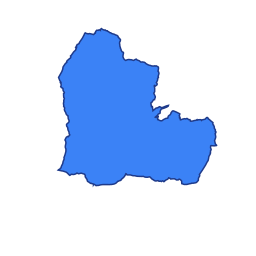 the district of Stroesti, Vâlcea, Romania, rotated 302°
{"feature_id": "2599482B70432473939661", "entity_name": "Stroesti", "entity_type": "district", "adm_level": 2, "iso_a3": "ROU", "parent_name": "Romania", "parent_adm1": "Vâlcea", "projection": "equal_earth", "projection_center": [23.929, 45.07], "detail": "fine", "context": "isolated", "style": "filled", "palette": "blue", "viewbox_px": 256, "rotation_deg": 302, "n_neighbors": 0, "source": "geoboundaries", "source_scale": "gbopen_adm2", "svg_char_len": 5837}
<svg xmlns="http://www.w3.org/2000/svg" viewBox="0 0 256 256"><g transform="rotate(302 128 128)"><path d="M118.1,214.9L118.9,215.1L120.8,215.4L122.9,214.3L125.2,214.2L126.0,213.8L126.4,213.2L131.9,213.4L137.8,213.4L141.0,213.1L141.7,213.2L143.2,213.1L145.3,212.3L146.6,211.7L149.5,211.5L150.3,211.0L150.5,211.2L152.5,210.0L153.4,210.1L154.1,209.7L154.9,208.5L156.6,207.6L157.1,207.8L158.5,210.5L160.0,212.3L160.3,212.3L160.7,211.0L160.7,210.6L163.2,208.1L166.0,207.5L167.0,207.1L169.6,204.8L170.2,205.0L170.7,204.7L171.1,204.8L171.3,204.7L171.4,203.8L172.7,203.1L173.7,201.1L174.5,200.8L175.3,199.8L175.4,199.3L175.8,199.1L175.9,198.5L176.6,197.6L177.6,197.2L178.0,193.9L178.3,192.7L178.3,191.2L178.8,190.8L178.9,189.5L178.4,189.1L176.3,188.7L174.0,186.4L173.4,186.3L173.7,185.7L173.3,184.7L172.6,183.8L172.3,183.3L171.7,182.9L171.4,182.6L171.7,182.1L170.6,181.6L169.3,180.1L168.3,179.3L167.4,178.1L167.1,177.9L166.9,177.3L167.7,176.5L167.9,176.0L167.3,175.2L167.4,173.0L166.9,172.5L166.3,172.2L165.7,170.7L165.1,170.3L164.3,169.4L162.8,168.4L162.7,168.0L164.3,166.7L163.9,166.3L164.1,166.1L164.9,165.8L165.3,165.4L165.6,164.9L166.9,164.7L167.5,164.4L167.1,160.3L166.6,157.5L166.0,156.7L163.9,156.4L163.0,156.7L161.5,156.7L160.5,156.2L159.3,155.9L157.4,156.5L156.3,155.1L153.9,153.6L152.3,153.0L151.7,152.4L151.3,151.4L151.1,150.4L151.2,149.1L150.9,148.7L153.2,147.4L153.6,147.7L153.9,147.5L153.8,146.9L153.4,146.5L153.0,146.3L151.8,146.3L151.7,145.4L154.8,146.4L155.2,146.2L156.0,146.3L157.3,147.3L157.9,147.2L159.2,146.4L161.4,146.1L162.6,146.9L163.7,147.9L166.3,149.8L167.8,150.5L168.6,150.3L167.0,148.8L163.8,146.5L163.4,146.0L163.0,145.4L162.9,143.7L162.6,143.2L161.9,143.1L161.1,142.5L160.9,142.5L159.7,141.2L155.9,140.0L159.1,137.3L158.5,136.6L161.2,134.2L161.9,134.2L162.2,134.6L165.6,134.7L166.1,135.5L166.8,135.2L168.4,134.9L169.1,134.5L171.2,131.4L172.9,131.4L175.7,129.7L177.7,127.9L178.0,127.9L177.8,128.9L179.9,129.7L180.4,129.6L180.9,129.3L181.5,128.0L183.8,127.8L184.8,127.5L185.5,126.9L186.1,126.8L186.7,127.1L187.2,126.9L187.7,126.2L190.6,125.4L191.7,124.4L192.0,123.4L194.5,122.4L195.6,121.6L195.8,121.2L195.8,120.6L195.6,118.8L194.9,118.3L194.8,117.6L194.1,116.9L193.6,116.0L193.1,114.9L193.0,114.0L192.6,113.1L192.3,112.0L192.1,109.3L192.4,107.9L192.4,107.1L191.7,105.3L190.7,103.9L191.0,101.9L190.5,99.7L190.8,98.6L190.1,97.9L188.5,97.1L188.2,96.8L187.6,94.5L186.9,93.4L186.7,92.6L185.5,91.2L184.1,90.3L184.1,88.9L184.5,87.7L185.7,86.0L187.6,85.0L188.9,84.6L189.6,84.1L189.7,83.7L189.5,82.7L190.2,81.1L191.0,80.4L191.6,79.3L192.3,78.8L193.0,77.8L194.4,76.8L195.1,76.1L196.4,75.4L196.9,75.3L197.6,75.4L198.8,74.9L199.4,73.6L199.3,73.2L199.7,72.4L199.8,71.6L200.5,71.0L200.7,69.7L200.7,69.3L200.3,68.2L200.3,66.9L199.5,64.2L199.6,62.9L199.2,62.0L199.4,60.5L199.2,59.4L199.5,59.0L198.9,57.9L198.9,57.7L199.1,56.9L198.7,56.6L198.6,55.9L198.4,55.7L198.2,54.9L198.1,53.5L198.3,52.9L197.1,52.3L196.6,52.4L196.1,52.8L195.9,51.4L195.1,51.1L194.4,49.7L192.7,49.4L191.2,50.0L191.0,49.6L190.7,49.4L189.5,49.5L189.0,49.3L188.9,49.1L188.6,47.9L187.7,45.3L186.7,44.3L186.0,42.0L186.0,41.3L184.8,41.2L184.0,41.4L180.0,41.7L175.0,41.5L174.2,41.6L173.8,41.8L172.0,40.9L171.9,40.7L171.0,40.7L170.2,40.9L169.9,40.8L169.7,40.8L169.6,41.0L169.2,41.0L169.4,41.2L169.4,41.6L168.5,41.8L168.8,41.4L168.4,41.3L168.1,41.7L166.3,42.3L163.7,41.6L159.8,41.4L158.6,41.1L158.5,41.5L157.9,41.9L156.8,42.1L155.7,41.5L154.8,41.4L153.0,40.7L151.5,40.9L151.2,41.3L149.5,40.7L146.5,40.6L145.3,40.6L143.2,41.5L140.7,42.0L134.1,42.3L132.0,45.1L131.2,47.0L130.8,47.0L130.8,46.5L130.6,46.5L130.2,47.6L129.8,48.0L128.1,49.0L127.4,49.0L127.0,50.0L127.1,50.3L127.0,50.9L127.1,51.3L127.1,51.8L125.5,53.0L125.1,53.6L124.4,55.2L123.5,55.4L123.1,55.1L120.9,56.5L120.3,57.1L119.9,57.3L119.5,58.3L117.3,58.9L115.8,59.9L115.0,60.0L113.9,60.8L113.4,61.4L112.3,61.9L111.9,62.7L111.9,63.0L111.5,63.6L111.2,63.8L110.3,64.1L109.7,64.4L108.8,65.6L108.1,67.0L107.8,67.2L107.4,67.9L106.9,68.4L106.4,70.3L106.5,70.7L104.2,72.4L103.0,74.2L102.6,74.5L101.3,74.7L98.9,74.0L98.2,74.1L97.1,75.0L96.4,76.6L94.6,78.1L93.3,80.1L92.0,81.1L91.3,82.3L88.9,81.9L88.8,81.2L87.4,80.6L85.8,80.7L84.4,80.9L84.1,81.7L82.5,83.3L79.4,84.4L78.1,85.3L77.3,86.5L76.2,87.1L75.6,87.6L72.2,88.7L68.9,89.4L67.9,90.3L65.3,90.7L63.2,91.5L60.1,91.8L58.8,92.3L57.8,91.9L56.6,92.0L56.1,91.3L55.3,91.1L56.5,94.5L57.0,95.6L57.8,98.8L57.7,100.3L57.1,102.7L57.0,103.7L57.9,104.2L58.5,104.3L59.1,105.0L59.3,105.7L59.6,106.3L60.5,107.3L61.6,108.1L62.6,108.5L62.9,109.2L62.9,110.0L63.1,110.5L64.9,112.2L65.8,115.7L65.5,116.0L65.2,116.9L63.9,117.6L63.5,118.7L62.9,119.6L62.8,120.4L61.6,121.5L61.3,122.2L61.3,122.4L61.4,122.8L61.2,125.6L61.6,126.0L61.6,126.7L61.7,126.9L61.8,127.2L62.1,127.7L62.0,127.9L62.1,128.5L61.6,128.8L62.0,128.8L62.0,129.1L62.4,129.5L62.2,131.5L62.6,131.7L63.6,133.3L65.6,135.2L66.0,135.8L66.6,136.5L70.4,142.6L70.9,143.1L71.1,143.6L72.3,145.0L73.4,146.1L74.8,147.0L77.6,147.7L77.7,148.0L79.0,148.8L79.2,149.2L80.5,149.8L80.9,149.6L83.5,150.4L85.3,150.7L86.1,150.5L86.9,150.8L87.7,150.4L88.1,150.4L88.2,150.9L87.8,151.8L88.0,152.6L89.4,154.7L90.2,157.6L91.2,159.2L91.5,160.3L92.1,161.7L94.3,165.5L95.1,166.6L95.4,168.5L96.4,170.4L98.1,172.3L98.0,173.2L97.7,174.1L97.7,174.6L97.3,175.8L97.6,177.0L97.4,177.6L97.4,178.5L97.8,179.7L99.1,181.1L99.3,181.5L99.2,182.2L99.5,182.9L100.2,183.7L100.3,184.7L101.4,185.2L101.6,185.5L101.5,186.9L102.0,187.1L102.7,187.1L103.3,187.6L104.3,187.8L105.4,188.7L106.1,188.9L107.3,188.9L107.5,189.7L107.4,190.1L107.6,190.4L107.4,191.5L107.8,191.7L109.5,194.2L109.7,195.6L109.6,196.5L110.6,198.1L111.5,198.3L111.9,198.8L111.9,200.0L111.6,201.1L111.4,201.6L109.3,203.1L109.4,203.5L109.6,204.0L109.6,204.3L109.9,205.6L111.4,207.9L113.4,209.8L114.3,210.9L114.9,211.2L115.7,212.5L117.4,214.4L118.1,214.9Z" fill="#3b82f6" stroke="#1e3a8a" stroke-width="1.5"/></g></svg>